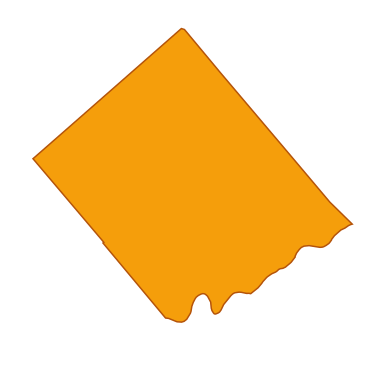 the district of Belmont, Ohio, United States of America, rotated 47°
{"feature_id": "52423323B48788624024896", "entity_name": "Belmont", "entity_type": "district", "adm_level": 2, "iso_a3": "USA", "parent_name": "United States of America", "parent_adm1": "Ohio", "projection": "equal_earth", "projection_center": [-80.794, 40.011], "detail": "fine", "context": "isolated", "style": "filled", "palette": "amber", "viewbox_px": 384, "rotation_deg": 47, "n_neighbors": 0, "source": "geoboundaries", "source_scale": "gbopen_adm2", "svg_char_len": 1153}
<svg xmlns="http://www.w3.org/2000/svg" viewBox="0 0 384 384"><g transform="rotate(47 192 192)"><path d="M65.2,88.3L60.9,231.1L59.2,285.6L168.7,290.8L168.6,291.9L266.1,297.3L268.5,295.3L276.7,291.5L280.1,288.3L281.2,286.0L281.5,282.7L279.6,275.9L278.6,274.1L275.5,270.1L273.6,266.4L272.2,262.5L271.8,260.6L272.0,257.9L272.9,254.8L273.7,253.4L275.0,252.3L276.4,251.9L278.8,251.7L285.2,253.4L290.2,257.2L292.4,258.3L295.2,258.8L296.2,258.8L296.9,258.4L297.4,257.8L298.3,255.5L298.6,253.8L298.1,251.2L295.9,245.6L294.3,234.2L294.3,231.8L294.8,229.6L297.3,225.9L298.9,224.4L303.3,221.3L304.9,219.5L306.4,218.4L307.1,209.0L306.4,203.3L305.9,201.3L305.4,195.6L305.5,194.1L306.2,189.4L307.5,185.7L307.8,184.3L307.8,181.3L308.3,179.8L309.8,177.6L310.7,174.8L310.7,173.8L311.0,168.8L311.0,167.2L309.9,160.9L309.3,160.4L307.9,156.9L307.2,152.7L307.1,149.9L308.0,147.0L311.1,142.9L319.8,136.1L321.2,134.3L321.8,133.1L322.5,130.5L323.0,127.0L322.8,125.4L322.3,122.8L321.9,122.2L321.1,117.6L321.3,109.1L322.7,104.7L323.3,100.4L324.0,98.3L324.8,96.7L293.4,98.1L235.5,95.2L122.8,89.8L68.0,86.7L65.2,88.3Z" fill="#f59e0b" stroke="#b45309" stroke-width="1.5"/></g></svg>